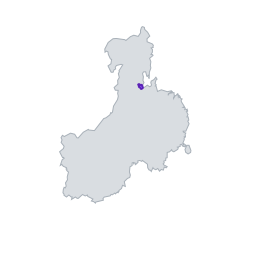 where Tianjin sits in China, rotated 305°
{"feature_id": "CHN-1816", "entity_name": "Tianjin", "entity_type": "Municipality", "adm_level": 1, "iso_a3": "CHN", "parent_name": "China", "parent_adm1": "", "projection": "robinson", "projection_center": [117.372, 39.408], "detail": "fine", "context": "in_parent", "style": "filled", "palette": "violet", "viewbox_px": 256, "rotation_deg": 305, "n_neighbors": 0, "source": "natural_earth", "source_scale": "10m", "svg_char_len": 4811}
<svg xmlns="http://www.w3.org/2000/svg" viewBox="0 0 256 256"><g transform="rotate(305 128 128)"><path d="M139.0,181.0L134.8,179.2L134.5,177.3L135.3,176.2L132.3,175.7L130.5,174.1L126.1,177.1L125.1,176.2L123.0,177.5L121.4,176.3L120.2,177.7L118.9,177.3L118.3,178.2L118.8,182.3L117.3,182.1L116.8,180.1L113.8,181.1L113.1,179.0L110.7,178.6L111.9,175.6L109.8,174.7L109.3,172.0L109.8,171.2L105.7,172.0L106.2,170.8L105.7,169.3L106.7,167.0L109.5,164.7L109.7,158.4L108.6,158.4L108.1,156.2L106.7,154.9L105.6,155.9L102.4,155.2L103.4,153.9L103.0,152.8L102.0,153.3L102.7,152.1L101.8,151.4L99.6,152.9L97.3,151.9L92.8,154.4L90.8,156.9L88.5,157.8L86.4,156.5L82.0,155.7L78.6,159.3L77.9,156.4L74.7,157.4L71.6,156.4L70.9,157.0L70.0,156.3L69.5,157.1L68.6,155.7L66.9,155.6L67.1,154.5L64.2,153.4L63.9,152.2L62.2,152.3L57.7,148.1L55.8,148.0L54.7,149.2L48.9,144.1L47.8,144.4L48.0,142.0L47.2,139.9L49.7,140.0L48.9,134.3L49.8,133.2L47.8,131.9L47.4,128.9L41.8,127.6L41.2,126.7L41.3,124.5L37.1,122.7L39.5,121.8L38.9,121.0L39.2,118.0L36.2,117.2L36.2,114.1L37.1,113.6L37.6,111.9L40.5,110.3L42.8,109.7L42.9,110.9L44.9,110.7L47.2,108.3L50.9,108.1L53.0,106.3L57.8,104.5L58.0,102.2L59.3,101.5L58.9,100.8L60.2,100.4L59.5,96.9L60.2,94.7L58.5,94.0L64.2,92.3L66.5,93.1L67.0,92.1L66.2,91.4L69.3,85.6L74.2,86.9L76.4,86.1L77.8,81.5L80.4,80.8L81.7,78.7L84.4,78.5L84.5,80.7L90.8,83.9L92.3,87.9L90.7,91.7L91.2,92.9L98.9,93.8L104.1,96.3L103.9,97.1L106.6,102.0L121.8,102.7L123.7,104.1L128.3,105.6L130.7,105.1L130.6,105.9L132.1,106.2L137.6,103.6L145.3,103.1L148.5,101.8L150.4,99.7L153.2,98.4L151.7,95.9L153.2,93.4L158.2,94.5L161.1,92.2L164.4,91.9L167.0,88.9L169.3,88.6L169.6,87.8L176.7,87.5L176.2,85.8L172.6,82.7L170.5,82.7L169.3,84.0L167.6,83.2L165.1,83.8L164.0,82.2L167.4,76.0L170.8,77.2L174.8,75.2L174.5,74.0L177.0,69.7L178.9,67.9L178.6,66.2L176.9,65.7L179.4,63.7L186.7,62.7L192.5,64.5L194.6,67.0L198.5,74.7L198.5,76.1L204.2,77.6L207.3,79.5L208.9,83.8L213.2,83.7L215.0,82.3L218.3,81.3L219.4,81.8L219.8,83.7L218.3,85.2L217.7,89.1L215.8,93.1L212.0,92.4L209.6,94.2L210.8,99.6L210.3,101.3L208.4,102.0L208.8,102.7L206.8,101.0L206.3,103.0L204.1,104.5L201.4,104.7L202.2,106.1L201.8,106.9L197.5,105.7L195.4,108.7L192.1,110.4L190.3,112.3L186.0,113.5L180.9,116.8L180.8,116.1L182.5,115.4L182.9,114.3L181.3,114.3L181.2,113.7L184.2,110.2L182.8,108.5L180.9,108.7L178.8,111.2L175.5,113.0L174.3,115.1L170.6,115.3L170.2,117.9L174.2,119.3L174.2,122.0L175.3,122.7L176.7,122.6L178.2,120.7L179.7,120.1L182.5,121.5L185.6,121.7L184.7,123.8L183.4,123.4L180.0,124.6L179.5,126.4L178.1,126.2L178.4,127.0L174.9,131.2L178.4,133.4L180.3,139.4L183.4,142.2L183.2,143.0L179.3,141.4L177.7,142.1L179.9,141.9L183.4,145.3L180.5,147.8L179.1,147.8L178.3,148.4L181.6,148.2L184.3,149.8L182.5,151.2L183.9,151.2L183.8,152.5L182.3,152.5L183.0,153.2L182.4,154.4L182.8,155.7L181.4,155.5L180.1,156.7L177.9,161.9L176.4,161.3L177.4,163.0L176.1,164.0L175.0,163.8L176.6,164.2L176.6,166.5L175.2,166.3L175.5,167.1L174.5,167.2L173.5,169.4L170.9,169.9L171.6,170.8L169.4,173.2L167.9,173.0L166.5,175.6L158.6,177.2L157.0,175.0L156.4,175.7L157.0,178.3L155.6,178.4L153.9,180.0L153.2,179.2L153.0,180.1L151.9,179.7L150.7,180.8L146.9,181.6L146.0,183.1L147.2,184.7L146.6,185.5L145.1,185.2L144.5,183.2L145.3,181.1L144.2,180.3L142.8,181.3L140.7,179.5L140.7,180.5L139.0,181.0ZM147.6,186.1L148.8,187.9L145.7,192.4L143.9,193.3L141.2,192.1L141.2,189.2L143.1,187.0L147.6,186.1ZM183.5,143.7L182.4,143.5L181.4,142.6L182.2,142.7L183.5,143.7ZM184.9,149.0L184.1,149.2L183.9,148.8L184.9,149.0ZM177.3,165.7L176.8,166.3L176.9,165.6L177.3,165.7ZM146.5,182.9L147.2,182.6L147.2,183.0L146.5,182.9Z" fill="#d9dde1" stroke="#a8b0b8" stroke-width="1"/><path d="M171.3,115.0L171.2,115.0L170.9,115.0L170.7,115.2L170.5,115.3L170.4,115.4L170.5,115.5L170.6,115.8L170.4,115.8L170.0,116.5L170.0,116.8L169.9,116.9L169.9,117.0L169.6,117.2L169.5,117.3L169.1,117.4L168.9,117.3L168.8,117.2L168.5,117.2L168.4,117.1L168.4,116.9L168.0,116.9L167.9,116.9L167.8,116.7L167.7,116.7L167.4,116.6L167.3,116.4L167.3,116.2L167.3,115.9L167.4,115.7L167.9,115.4L168.0,115.3L168.0,115.2L167.9,115.2L167.7,115.1L167.7,114.9L167.8,114.6L167.8,114.4L167.7,114.4L167.7,114.2L167.6,113.9L167.6,113.7L167.8,113.3L167.9,113.2L168.0,113.2L168.0,113.3L168.3,113.4L168.6,113.5L168.7,113.4L168.8,113.4L168.8,113.1L168.9,112.9L168.8,112.7L169.0,112.7L168.9,112.6L168.7,112.5L168.7,112.4L168.7,112.2L168.9,111.9L169.0,111.7L169.3,111.5L169.3,111.4L169.4,111.2L169.6,111.2L169.9,111.4L170.1,111.5L170.3,111.8L170.5,111.8L170.5,112.0L170.4,112.2L170.2,112.2L169.9,112.0L169.8,112.3L169.8,112.5L169.8,112.8L169.9,113.0L170.0,113.1L170.1,113.3L170.2,113.5L170.3,113.7L170.4,113.8L170.5,113.8L170.5,113.7L170.8,113.7L171.0,113.7L171.0,113.8L170.9,114.1L170.9,114.3L171.0,114.3L171.3,114.4L171.3,114.5L171.3,114.8L171.3,115.0Z" fill="#8b5cf6" stroke="#5b21b6" stroke-width="1.5"/></g></svg>